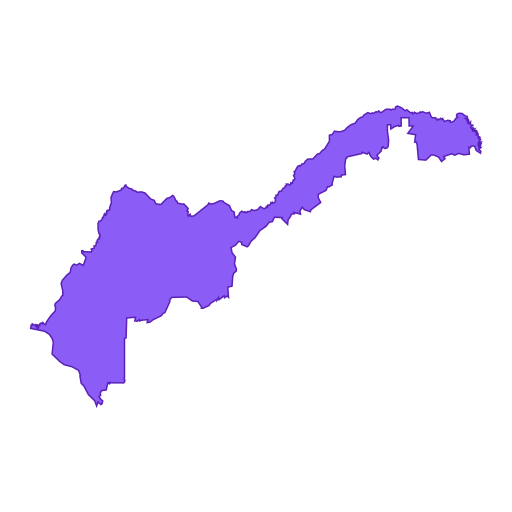 the district of Santa Ana, Magdalena, Colombia
{"feature_id": "7082276B74348291748480", "entity_name": "Santa Ana", "entity_type": "district", "adm_level": 2, "iso_a3": "COL", "parent_name": "Colombia", "parent_adm1": "Magdalena", "projection": "robinson", "projection_center": [-74.196, 9.504], "detail": "fine", "context": "isolated", "style": "filled", "palette": "violet", "viewbox_px": 512, "rotation_deg": 0, "n_neighbors": 0, "source": "geoboundaries", "source_scale": "gbopen_adm2", "svg_char_len": 6055}
<svg xmlns="http://www.w3.org/2000/svg" viewBox="0 0 512 512"><path d="M96.6,406.0L98.1,402.0L100.9,404.6L102.2,403.6L102.7,400.9L100.4,399.0L99.1,396.4L100.6,395.3L100.3,392.8L101.6,390.6L106.2,390.0L107.9,382.7L108.7,383.3L109.7,382.4L109.9,383.5L110.5,382.8L123.7,382.9L124.7,381.7L124.8,379.8L124.0,378.2L124.5,377.3L124.5,338.6L126.1,337.8L126.7,317.9L135.5,317.3L134.8,320.9L137.2,321.3L139.4,319.6L139.8,321.0L141.6,320.2L147.8,319.6L147.1,322.6L149.8,322.2L153.0,319.8L161.3,315.7L163.1,313.4L164.9,312.6L169.7,301.9L170.0,299.4L171.7,297.4L186.7,297.0L192.3,301.0L197.8,301.5L201.8,307.4L201.3,308.0L202.6,308.4L208.9,305.6L210.5,303.4L215.7,300.0L216.6,299.6L216.8,300.5L218.4,297.6L219.0,299.7L224.1,295.8L224.5,297.7L227.1,296.0L228.5,297.3L227.8,287.1L232.0,286.2L232.8,275.8L234.0,272.8L236.1,271.3L236.5,269.4L234.5,263.9L235.5,257.2L232.0,252.7L231.1,247.5L235.3,245.3L238.9,241.3L241.6,242.4L241.7,244.5L247.1,246.8L248.6,245.6L250.9,241.4L255.1,237.6L259.9,230.6L266.1,226.2L269.2,222.3L272.4,221.6L274.5,217.2L282.2,217.6L281.9,218.7L287.6,224.4L288.1,219.8L290.7,216.2L291.4,214.1L294.4,213.8L294.1,212.4L300.5,214.2L299.9,210.9L302.3,207.3L304.4,209.7L310.4,211.7L310.8,209.9L320.7,202.5L318.1,197.4L318.5,194.2L326.0,190.4L327.6,186.7L328.9,186.9L332.4,184.8L332.0,183.7L334.1,176.3L336.2,177.1L341.2,176.8L341.4,175.1L345.5,174.6L344.7,165.5L345.8,158.4L346.8,158.1L347.0,156.9L361.9,153.5L362.3,152.2L367.1,154.1L368.9,152.4L370.6,156.2L373.4,159.1L376.1,158.4L377.9,159.9L378.9,158.1L376.9,155.3L381.2,151.1L381.8,147.8L382.6,148.0L383.0,146.9L385.1,148.6L387.1,147.9L388.2,146.3L388.6,140.3L387.4,131.0L387.4,124.8L390.6,124.7L390.8,129.0L394.8,126.5L398.6,125.3L398.9,126.3L401.2,126.0L401.1,117.7L409.0,117.7L409.1,126.0L413.2,126.0L407.8,133.4L415.6,134.7L414.7,142.1L415.9,141.7L417.1,144.5L418.4,159.5L425.9,160.1L431.2,155.0L433.7,155.0L438.6,157.1L441.5,161.5L445.0,158.7L443.8,156.5L450.8,154.1L451.9,153.8L454.6,155.2L458.8,153.4L463.9,154.8L469.4,154.2L468.8,147.3L470.0,147.9L471.9,145.8L474.7,146.4L476.2,150.4L480.4,153.2L480.9,151.4L478.9,149.3L480.6,147.7L479.1,147.8L478.9,147.2L480.5,146.1L479.9,145.6L478.9,146.3L478.3,145.5L480.3,145.4L481.1,143.8L478.3,144.0L478.1,143.2L480.0,143.1L481.3,142.0L479.1,141.6L480.6,139.4L479.7,139.1L479.9,138.0L479.0,138.5L479.3,137.0L478.2,137.5L478.1,134.7L476.5,134.7L477.9,133.5L477.5,133.0L476.6,133.8L476.1,133.1L476.2,132.3L477.1,132.2L476.7,130.8L476.2,130.6L475.8,131.8L475.1,130.4L474.3,131.4L472.8,131.0L474.4,129.1L472.7,129.7L473.5,127.2L471.8,128.8L470.6,127.4L472.8,125.3L470.4,124.7L470.5,122.2L469.6,123.4L468.3,123.4L468.9,122.7L467.6,121.7L468.8,121.4L468.6,120.0L468.0,119.6L468.1,120.4L467.1,120.7L467.1,119.5L465.4,118.5L467.6,118.3L467.2,116.4L465.3,116.0L462.2,113.5L459.2,113.2L457.1,114.0L456.5,115.9L457.6,117.4L456.1,118.1L453.8,121.3L451.1,122.3L449.9,121.9L450.2,120.7L447.6,120.3L444.6,121.5L443.0,119.3L442.1,119.5L442.3,118.7L441.6,119.1L440.6,118.3L439.2,119.7L438.0,119.0L437.6,120.0L436.4,119.7L435.7,117.7L432.6,117.8L431.3,116.9L429.4,112.3L426.3,113.2L422.4,111.7L421.2,112.4L420.1,111.9L418.9,113.1L416.5,113.4L414.5,112.2L413.1,113.9L412.1,112.4L411.2,112.9L409.9,112.3L406.8,109.7L405.2,110.8L401.4,107.7L397.3,106.0L395.4,107.2L395.5,108.8L394.6,109.4L392.4,109.1L391.0,110.1L389.9,109.2L386.1,109.2L381.2,112.6L380.4,112.6L378.8,110.9L377.4,112.2L376.1,111.7L373.3,113.4L372.3,112.9L370.6,113.7L367.8,112.6L363.9,115.1L362.6,117.1L360.7,117.4L357.8,119.4L355.2,123.1L351.2,124.6L347.3,127.4L344.7,130.3L339.9,131.9L334.4,131.2L332.3,134.4L329.4,135.2L329.4,141.3L324.5,149.2L322.4,150.3L319.5,153.7L317.4,154.0L312.8,159.0L307.7,159.1L305.2,161.4L304.0,163.7L302.0,163.9L300.3,166.1L299.4,165.5L297.7,166.3L295.0,171.2L294.1,171.7L294.9,173.9L293.5,175.4L294.8,178.1L294.4,179.8L293.2,180.0L292.3,183.3L290.8,182.8L290.4,184.7L289.5,185.0L288.1,184.0L286.3,184.1L286.7,185.1L285.1,186.1L285.0,187.4L283.0,188.4L281.2,191.2L279.7,191.2L278.7,192.1L277.7,195.0L276.0,195.2L276.0,197.1L274.6,197.9L275.7,200.0L274.7,202.5L272.6,203.1L272.3,202.5L272.1,203.1L271.0,202.5L270.1,205.0L267.7,205.1L267.5,206.1L266.6,206.3L267.0,207.0L266.4,206.8L265.5,208.3L263.5,208.5L260.3,206.6L257.7,209.7L254.2,210.6L251.6,209.6L249.9,211.6L247.8,211.4L247.2,212.4L245.8,212.1L245.3,212.7L244.8,211.7L243.2,212.3L241.7,211.1L239.4,213.3L238.9,215.1L236.3,217.1L236.9,217.8L234.8,217.3L234.2,212.1L231.6,210.6L229.4,205.6L224.3,202.7L222.8,201.0L219.8,200.8L213.5,203.7L210.3,204.0L208.9,203.0L207.8,204.9L193.8,216.0L190.8,216.3L190.1,214.2L188.3,216.1L187.7,215.3L188.2,211.5L186.8,210.9L188.2,208.7L186.9,207.0L183.8,203.9L182.5,204.2L177.4,203.0L177.1,201.3L176.0,200.8L173.9,196.4L172.7,195.4L169.6,197.7L166.9,198.3L160.9,204.5L155.8,203.8L154.3,200.4L150.8,199.1L144.9,192.9L141.4,191.9L137.2,192.2L135.8,191.1L132.8,190.3L132.1,189.1L129.0,188.3L126.1,186.2L125.9,185.0L125.1,185.2L123.4,188.0L121.5,188.5L121.4,190.0L116.4,191.9L113.6,191.6L111.0,197.3L111.4,202.6L109.6,207.7L109.8,209.8L108.0,210.2L107.9,210.8L107.2,210.5L106.6,211.3L106.7,213.2L106.1,213.2L106.1,215.0L105.3,215.3L104.4,214.0L103.2,217.4L102.5,217.5L102.6,218.4L100.6,221.0L99.0,221.2L98.0,223.4L98.1,229.8L99.0,233.7L100.0,234.6L99.4,236.7L100.0,237.1L99.2,238.7L98.8,238.2L97.1,240.4L97.5,242.2L96.3,242.3L96.1,244.8L94.6,246.4L94.1,246.1L94.2,248.1L91.2,249.1L91.9,250.7L91.4,252.0L83.7,251.7L82.8,250.6L81.7,250.7L81.7,252.9L86.1,257.3L83.3,265.3L79.4,263.4L76.6,265.2L74.3,264.1L73.3,264.5L71.2,267.4L70.1,272.5L67.3,274.6L62.4,280.2L61.1,283.4L62.7,290.7L62.9,295.4L61.9,295.9L59.6,299.7L55.3,303.5L54.8,305.7L55.6,307.7L55.2,311.0L50.9,315.6L46.5,321.9L45.6,324.6L44.6,324.4L42.9,322.5L42.2,323.7L41.2,323.0L39.8,323.9L39.8,325.4L36.4,324.7L38.4,326.9L38.6,327.7L37.6,328.4L36.7,326.5L32.3,323.9L32.1,325.4L31.2,325.1L30.7,328.4L44.8,331.3L49.5,334.5L52.3,338.8L53.3,342.5L52.1,354.1L60.0,361.7L64.2,364.7L72.2,366.8L78.6,370.4L80.4,375.5L79.9,375.9L81.2,383.3L83.9,386.0L88.4,394.6L94.8,400.9L96.6,406.0Z" fill="#8b5cf6" stroke="#5b21b6" stroke-width="1.5"/></svg>